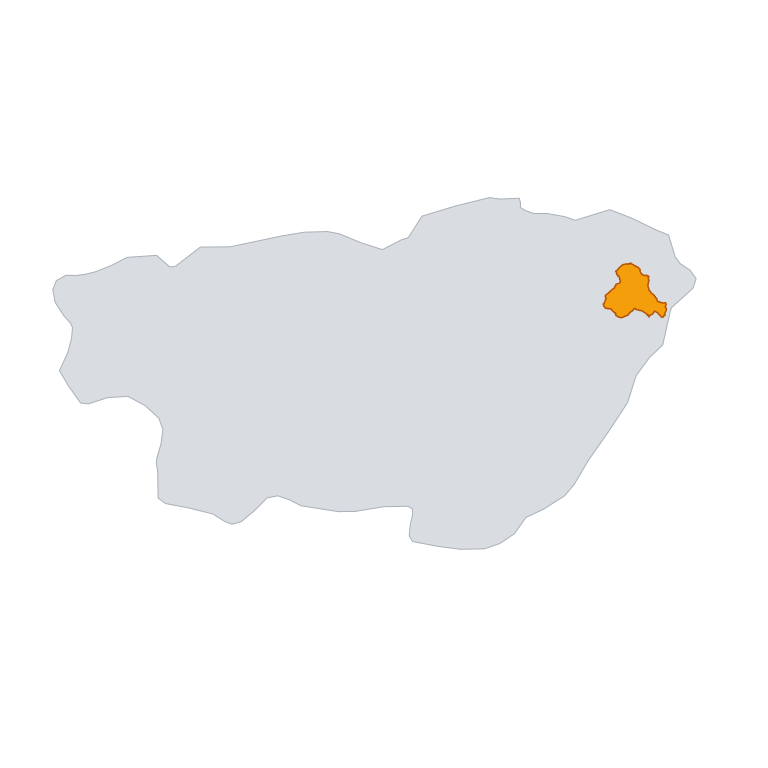 location of Sombey, Ha, Bhutan, rotated 174°
{"feature_id": "84629894B88569366969401", "entity_name": "Sombey", "entity_type": "district", "adm_level": 2, "iso_a3": "BTN", "parent_name": "Bhutan", "parent_adm1": "Ha", "projection": "mercator", "projection_center": [89.094, 27.205], "detail": "fine", "context": "in_parent", "style": "filled", "palette": "amber", "viewbox_px": 768, "rotation_deg": 174, "n_neighbors": 0, "source": "geoboundaries", "source_scale": "gbopen_adm2", "svg_char_len": 6918}
<svg xmlns="http://www.w3.org/2000/svg" viewBox="0 0 768 768"><g transform="rotate(174 384 384)"><path d="M618.7,329.6L617.5,334.5L612.1,347.6L608.6,361.9L611.5,373.5L623.7,387.4L640.0,398.5L660.8,399.3L680.0,395.1L687.7,396.8L698.1,415.3L705.4,431.3L695.4,447.8L689.9,462.3L687.9,472.6L689.2,477.0L695.3,485.3L702.5,499.5L703.5,512.5L699.0,521.1L689.1,525.4L678.6,524.1L669.9,524.3L659.1,525.8L642.1,530.6L626.3,536.8L596.7,535.7L584.8,522.8L579.2,522.8L552.3,539.4L522.9,536.5L469.5,542.0L447.2,543.3L424.2,541.5L412.6,538.0L391.0,526.3L371.5,517.8L351.6,525.6L344.6,527.0L328.6,547.0L294.1,553.6L259.6,558.4L249.4,555.8L230.0,554.6L229.3,549.9L229.9,545.4L225.4,541.8L217.5,538.0L204.0,536.5L186.6,531.5L176.6,526.8L141.3,533.8L120.6,523.2L97.2,508.7L85.4,502.4L81.1,480.0L76.9,472.8L67.7,465.2L62.6,456.2L66.7,447.0L90.0,429.9L91.9,425.8L102.7,393.8L117.7,382.1L132.4,365.9L143.6,340.2L165.2,313.7L188.9,286.5L205.2,264.4L216.0,254.0L238.2,242.9L256.9,236.4L269.8,221.6L285.3,213.3L301.3,209.6L325.1,211.6L347.4,216.9L371.9,224.3L374.8,230.2L372.7,240.8L369.1,251.5L369.0,256.9L372.8,259.9L396.7,262.0L426.1,260.3L442.6,261.8L479.3,271.6L490.0,278.6L501.2,283.9L512.1,283.0L526.0,271.6L540.6,261.9L549.7,260.4L556.2,263.5L567.9,272.7L592.0,281.4L613.6,287.9L620.6,294.1L618.2,320.7L618.7,329.6Z" fill="#d9dde1" stroke="#a8b0b8" stroke-width="1"/><path d="M105.1,442.5L105.3,442.6L105.5,442.8L105.7,443.3L105.8,443.6L106.0,443.8L106.2,444.2L106.6,444.5L107.1,445.2L108.0,445.8L108.3,446.1L108.5,446.5L109.1,447.0L109.3,447.7L109.4,448.2L109.6,448.6L110.8,449.6L110.8,449.8L110.9,450.4L110.8,450.6L110.8,450.8L110.7,451.0L110.7,451.3L110.8,451.4L110.8,451.9L110.9,452.3L111.1,452.7L111.3,453.2L111.3,453.9L111.3,454.2L111.1,454.7L111.0,455.1L110.9,455.3L111.0,456.1L110.7,456.4L110.5,456.7L110.5,457.3L110.4,457.5L110.0,458.4L109.7,458.8L109.8,459.1L110.0,459.1L110.1,459.3L110.0,459.9L109.9,460.6L109.8,460.8L109.8,461.1L110.0,461.2L110.0,461.4L110.2,461.8L110.2,462.1L110.0,462.4L109.6,462.7L109.3,463.2L109.7,463.6L110.7,463.9L111.0,464.1L111.3,464.5L111.5,464.9L111.9,464.8L112.0,464.7L112.5,464.4L113.0,464.5L113.3,464.7L114.6,465.0L115.0,465.3L115.1,465.5L115.3,465.9L115.9,466.1L116.0,466.2L116.6,466.9L116.6,467.2L117.0,467.7L117.3,468.6L117.6,469.3L117.6,469.7L117.5,470.1L117.4,470.3L117.3,470.6L117.4,470.9L117.4,471.3L117.5,471.4L118.0,471.9L118.4,472.3L118.5,472.6L119.2,473.6L119.3,473.7L119.7,473.7L120.5,473.9L120.7,474.1L120.8,474.5L121.0,474.8L121.4,475.0L122.0,475.2L122.2,475.5L122.5,475.8L123.2,475.9L123.4,476.2L123.8,476.7L124.6,477.2L125.2,477.5L125.4,477.6L125.8,478.1L126.0,478.5L126.5,478.3L126.8,477.9L127.4,477.8L127.6,478.0L127.9,477.7L128.0,477.6L128.9,477.9L130.0,478.1L130.6,478.1L131.0,478.0L132.3,477.8L132.7,477.9L134.4,477.5L134.7,477.2L135.3,476.9L135.4,476.7L135.7,476.6L136.2,476.4L136.8,475.9L137.1,475.6L137.5,475.4L137.7,475.1L138.0,474.9L138.4,474.4L138.5,474.3L138.9,474.3L139.1,473.8L139.2,473.7L139.3,473.4L139.6,473.2L140.2,472.9L140.9,472.3L141.2,472.3L141.3,472.2L141.8,471.9L141.8,471.7L141.6,471.7L141.4,471.4L141.2,470.9L141.0,470.7L140.9,470.5L140.9,470.4L141.2,469.9L141.1,468.8L141.1,468.6L141.0,468.4L140.7,468.2L140.3,468.2L140.1,468.1L140.0,467.8L140.0,467.6L140.1,467.2L140.0,466.9L140.0,466.6L139.9,466.5L139.4,466.4L139.2,466.4L138.9,465.8L138.5,465.3L138.4,465.0L138.5,464.8L138.7,464.5L138.8,463.9L138.7,463.5L138.5,463.1L138.3,462.8L138.1,462.6L138.2,462.0L138.4,461.6L138.5,461.5L138.4,461.3L138.2,460.9L138.3,460.7L138.4,460.4L138.7,460.2L139.0,459.9L139.4,459.6L139.9,459.5L141.3,459.3L141.7,459.3L141.9,459.2L142.5,459.0L142.7,458.8L143.0,458.7L143.1,458.4L143.1,458.1L143.1,457.9L143.3,457.9L143.6,457.7L143.8,457.5L143.9,457.4L144.0,457.1L144.1,456.7L144.6,456.2L144.6,455.5L145.3,455.2L145.9,454.9L146.5,454.6L146.7,454.3L147.3,453.8L147.7,453.7L148.0,453.6L148.3,453.5L148.4,453.4L148.7,453.2L149.0,452.7L149.5,452.3L149.6,452.2L149.9,452.2L150.0,452.1L150.2,451.9L150.5,451.8L150.5,451.5L151.0,451.3L151.2,451.2L151.3,451.1L151.8,450.6L152.1,450.4L152.6,450.2L153.3,449.9L153.6,449.6L154.4,449.2L154.8,447.9L154.8,447.7L154.7,447.4L154.4,446.9L154.3,446.4L154.1,446.0L154.1,445.8L154.5,445.4L155.1,444.6L155.2,444.4L155.2,443.7L155.4,443.3L155.6,443.1L155.7,442.8L156.1,442.3L156.3,442.1L156.5,441.6L156.7,441.0L156.9,440.9L157.3,440.8L157.6,440.7L157.6,440.3L157.6,440.1L157.5,439.8L157.4,439.7L157.4,439.1L157.3,438.4L156.7,437.9L156.5,437.6L156.5,437.4L156.3,436.8L156.2,436.6L155.7,436.1L155.2,436.1L154.9,436.1L154.4,436.0L153.8,435.6L153.4,435.3L153.2,435.3L152.8,435.6L152.0,435.3L151.6,435.3L151.3,435.2L151.2,435.1L151.0,434.9L150.9,434.8L150.4,434.8L150.0,434.7L149.9,434.5L149.9,434.2L149.7,433.8L149.6,433.5L149.2,432.9L148.9,432.7L148.2,431.9L147.8,431.3L147.4,431.0L147.3,430.8L146.7,430.7L146.3,430.6L146.2,430.4L146.3,430.0L146.2,429.9L146.5,429.0L146.5,428.6L146.4,428.3L146.4,428.2L146.1,428.0L145.9,428.0L145.7,427.9L145.6,427.6L145.1,427.3L145.0,427.1L144.8,426.8L144.6,426.5L144.4,426.3L144.2,426.2L143.6,426.3L143.5,426.1L143.1,426.0L142.8,425.8L142.3,425.5L142.0,425.3L141.8,425.2L141.3,425.2L140.8,425.3L140.4,425.3L139.8,425.3L139.3,425.4L138.8,425.6L138.5,425.6L138.0,426.0L137.9,426.1L137.2,426.1L136.7,426.3L136.1,426.5L135.1,426.8L134.9,426.8L134.0,427.0L133.7,427.5L133.2,428.2L132.3,428.9L132.1,429.0L131.9,429.4L131.9,429.6L131.7,429.7L131.4,429.7L131.0,429.9L130.8,430.1L130.5,430.3L130.2,430.3L129.4,430.8L128.8,431.0L128.7,431.2L128.7,431.5L127.7,432.4L127.6,432.6L126.9,432.9L126.3,432.9L126.0,432.7L126.1,432.4L126.1,432.2L125.6,431.7L125.3,431.6L124.0,431.4L123.5,431.2L123.0,430.8L122.6,430.6L122.3,430.5L121.7,430.2L121.5,430.3L121.2,430.3L120.6,430.2L118.9,429.2L118.2,428.4L116.8,427.5L115.6,426.1L115.4,425.9L115.0,425.1L114.7,424.8L114.2,425.3L114.0,424.9L113.9,424.6L113.9,424.2L113.9,423.8L113.5,423.2L113.4,423.5L113.2,423.8L112.7,424.2L112.4,424.3L111.7,424.6L110.8,425.1L109.9,425.3L108.8,426.2L108.5,426.6L108.3,426.9L108.1,427.2L107.8,427.7L107.6,427.8L107.4,428.1L107.1,428.1L106.6,427.8L105.4,426.9L104.6,426.4L104.3,426.2L104.1,425.8L104.1,425.4L103.9,425.0L103.1,424.4L102.8,424.0L102.7,423.6L102.5,423.4L101.5,422.0L100.8,421.5L100.5,421.2L100.2,421.3L99.7,421.4L99.1,421.5L98.9,421.8L98.8,422.3L98.6,422.8L98.4,423.0L98.2,423.1L97.4,422.9L97.3,423.2L97.3,423.5L97.3,424.0L97.3,424.8L96.8,425.8L96.2,426.6L96.1,427.0L95.9,427.6L95.5,428.0L95.4,428.2L95.3,428.5L95.3,429.5L95.6,430.0L95.7,430.3L95.9,430.7L96.1,431.1L96.3,431.5L96.2,431.7L95.7,432.3L95.5,432.7L95.1,433.3L95.1,433.8L95.1,434.4L95.4,435.2L95.9,435.5L96.8,435.5L97.4,435.2L98.3,435.4L98.7,435.7L99.0,435.8L100.0,436.1L100.5,436.2L100.7,436.3L101.0,436.7L101.3,436.9L102.5,437.1L102.8,437.3L103.1,437.6L103.3,437.7L103.5,438.1L103.7,439.1L103.7,439.7L103.7,440.2L103.8,440.5L104.0,440.8L104.4,440.9L104.6,441.1L104.7,441.3L105.0,441.8L105.1,442.0L105.1,442.5Z" fill="#f59e0b" stroke="#b45309" stroke-width="1.5"/></g></svg>